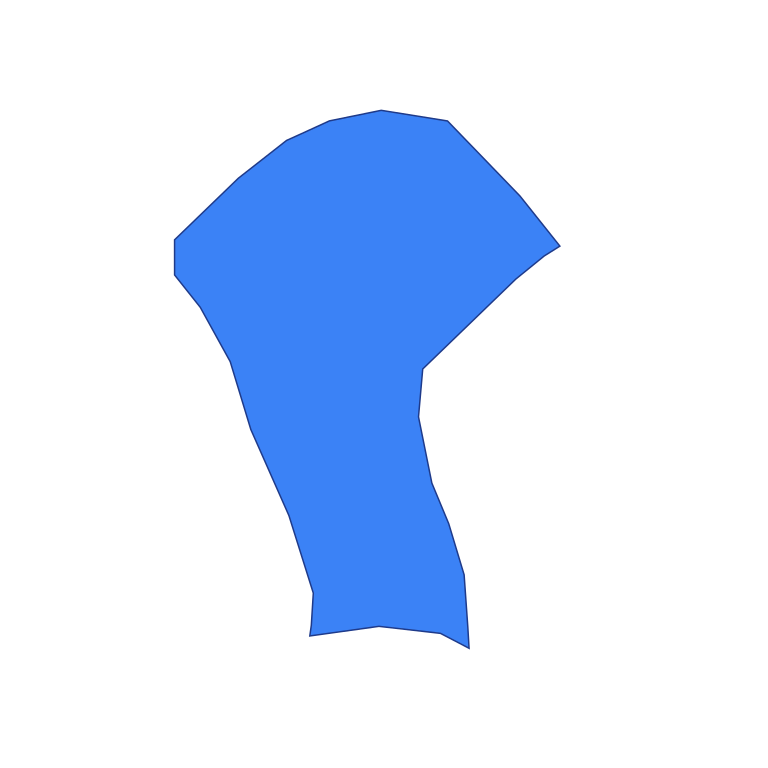 the Unitary Authority of Bristol, rotated 226°
{"feature_id": "GBR-2044", "entity_name": "Bristol", "entity_type": "Unitary Authority", "adm_level": 1, "iso_a3": "GBR", "parent_name": "United Kingdom", "parent_adm1": "", "projection": "natural_earth1", "projection_center": [-2.619, 51.456], "detail": "fine", "context": "isolated", "style": "filled", "palette": "blue", "viewbox_px": 768, "rotation_deg": 226, "n_neighbors": 0, "source": "natural_earth", "source_scale": "10m", "svg_char_len": 555}
<svg xmlns="http://www.w3.org/2000/svg" viewBox="0 0 768 768"><g transform="rotate(226 384 384)"><path d="M134.8,261.6L165.4,251.4L213.2,212.0L254.3,155.6L261.0,164.2L282.7,187.9L355.4,224.2L443.8,256.6L506.9,288.9L566.8,305.1L607.9,309.1L633.2,333.5L633.2,365.7L633.2,422.3L626.9,483.1L622.5,495.4L611.2,527.5L582.8,572.1L529.1,612.4L424.8,612.4L361.0,606.3L364.8,588.2L367.9,551.8L367.9,499.2L367.9,462.8L367.9,422.3L336.4,386.0L279.5,349.6L238.5,333.5L191.1,309.1L151.0,275.5L134.8,261.6Z" fill="#3b82f6" stroke="#1e3a8a" stroke-width="1.5"/></g></svg>